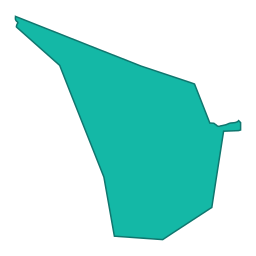 outline of Veracruz, Copán, Honduras
{"feature_id": "27666195B16497975413079", "entity_name": "Veracruz", "entity_type": "district", "adm_level": 2, "iso_a3": "HND", "parent_name": "Honduras", "parent_adm1": "Copán", "projection": "robinson", "projection_center": [-88.814, 14.889], "detail": "fine", "context": "isolated", "style": "filled", "palette": "teal", "viewbox_px": 256, "rotation_deg": 0, "n_neighbors": 0, "source": "geoboundaries", "source_scale": "gbopen_adm2", "svg_char_len": 1192}
<svg xmlns="http://www.w3.org/2000/svg" viewBox="0 0 256 256"><path d="M214.8,124.0L213.9,123.3L209.8,123.0L194.5,84.0L192.9,83.4L141.1,66.1L128.5,61.1L97.2,48.8L15.5,16.4L15.5,16.6L15.5,16.8L15.5,17.0L15.4,17.3L15.4,17.5L15.4,17.9L15.4,18.0L15.4,18.3L15.4,18.5L15.4,18.8L15.4,19.0L15.5,19.2L15.5,19.3L15.5,19.5L15.8,20.1L16.0,20.5L16.2,20.8L16.3,20.9L16.4,21.0L16.5,21.1L16.6,21.3L16.8,21.4L16.9,21.5L17.0,21.6L17.3,21.8L17.5,21.9L17.5,22.0L17.7,22.3L17.7,22.5L17.8,22.6L17.8,22.8L17.7,23.0L17.7,23.3L17.5,23.5L17.4,23.7L17.3,23.8L17.2,24.0L17.1,24.3L17.0,24.5L16.9,24.6L16.9,24.8L16.8,25.0L16.7,25.2L16.7,25.4L16.6,25.6L16.6,25.8L16.5,26.0L16.4,26.5L16.4,26.9L17.2,27.7L59.7,65.4L69.8,91.1L79.4,115.3L80.5,118.1L89.2,140.0L93.7,151.3L103.9,177.1L109.3,207.5L114.1,234.7L114.4,236.2L114.5,236.2L162.7,239.6L173.1,232.7L210.3,208.4L211.8,207.5L215.5,183.2L223.6,131.2L238.6,130.6L240.6,130.0L240.6,122.6L238.6,120.6L237.8,121.5L237.1,121.9L236.4,122.1L235.4,122.5L234.1,122.7L232.3,122.9L230.7,123.0L229.2,123.4L228.2,123.8L227.0,124.3L226.1,124.7L224.4,125.1L222.2,125.6L220.6,125.9L219.1,126.4L217.4,126.1L216.4,125.1L214.8,124.0Z" fill="#14b8a6" stroke="#0f766e" stroke-width="1.5"/></svg>